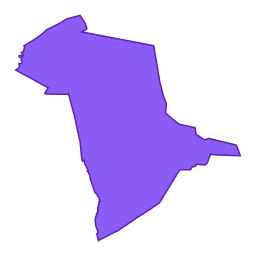 Santiago Nacaltepec, Oaxaca, Mexico
{"feature_id": "50627088B46884693471354", "entity_name": "Santiago Nacaltepec", "entity_type": "district", "adm_level": 2, "iso_a3": "MEX", "parent_name": "Mexico", "parent_adm1": "Oaxaca", "projection": "orthographic", "projection_center": [-96.923, 17.515], "detail": "fine", "context": "isolated", "style": "filled", "palette": "violet", "viewbox_px": 256, "rotation_deg": 0, "n_neighbors": 0, "source": "geoboundaries", "source_scale": "gbopen_adm2", "svg_char_len": 2606}
<svg xmlns="http://www.w3.org/2000/svg" viewBox="0 0 256 256"><path d="M37.9,82.2L41.2,84.0L48.2,87.7L44.8,93.5L45.9,93.9L49.1,94.0L51.6,94.1L60.4,94.2L67.7,94.3L68.4,93.6L71.1,103.6L72.3,108.1L73.3,111.7L73.4,112.2L74.0,114.1L74.3,115.0L74.4,115.5L75.6,121.1L77.1,128.5L79.0,137.2L79.2,138.2L80.0,141.0L80.4,145.1L81.0,151.2L81.3,154.4L81.7,157.4L81.9,158.9L82.2,160.2L82.4,161.3L84.1,160.3L84.2,161.1L84.4,161.9L84.8,163.5L85.0,164.1L88.2,170.6L87.2,171.2L87.9,171.7L88.2,172.0L90.0,176.2L90.0,176.5L90.1,178.3L90.5,179.5L91.8,183.4L94.2,190.2L94.9,192.3L95.1,192.6L95.1,192.9L95.2,193.2L95.5,193.2L96.2,193.1L96.8,193.7L97.1,194.9L97.4,195.8L98.1,196.7L98.5,196.8L98.7,197.4L99.0,197.6L99.2,199.0L100.3,200.6L100.5,200.9L100.0,200.8L99.0,201.2L99.1,203.3L99.0,203.9L98.5,204.4L98.7,205.2L98.2,206.2L97.9,207.4L98.1,207.7L97.8,208.5L97.9,208.9L97.6,210.8L97.8,211.7L97.7,212.6L97.6,213.0L97.2,212.7L96.5,213.4L96.5,214.7L96.4,215.5L96.2,215.8L95.8,216.5L95.8,217.5L95.5,218.4L95.4,218.6L95.2,220.4L95.3,221.6L95.4,222.6L95.4,222.8L95.7,225.7L97.6,230.6L97.9,232.7L97.9,232.8L97.8,233.0L97.6,233.2L97.1,233.6L96.8,233.9L96.8,234.0L98.0,239.2L98.0,239.5L98.3,240.6L110.4,234.3L117.7,230.8L138.6,216.6L151.4,208.4L151.9,208.0L159.4,202.9L179.1,170.7L179.9,169.8L190.5,169.8L191.2,168.6L191.6,167.9L191.9,167.4L192.1,166.9L192.2,166.7L193.5,166.8L194.3,166.6L194.8,166.3L195.3,166.1L196.5,164.8L196.4,164.0L196.9,164.1L197.7,164.2L197.9,164.2L198.1,164.3L198.6,164.4L199.1,164.5L199.8,164.6L204.6,165.0L204.8,165.0L205.0,164.9L205.4,164.7L205.5,164.6L206.7,163.8L207.8,161.7L208.3,160.1L209.4,156.7L210.6,154.6L210.8,154.2L213.9,154.7L219.1,155.0L225.7,155.2L229.9,155.4L240.3,155.8L236.5,145.4L235.4,144.9L224.7,142.2L223.7,142.0L222.5,141.9L209.1,138.4L204.4,139.8L196.1,134.3L195.1,127.6L194.9,127.6L193.0,127.2L192.3,127.1L191.4,126.9L190.7,126.8L190.2,126.6L179.3,124.3L171.8,118.4L165.6,112.9L166.3,104.8L166.3,103.6L165.9,102.4L163.2,95.4L159.8,81.8L153.7,45.7L89.4,33.4L81.7,31.9L87.0,28.8L85.9,25.5L85.7,24.9L85.4,23.5L80.0,15.4L66.7,18.9L59.3,23.5L47.0,29.5L46.5,29.8L46.3,30.0L43.5,32.8L35.7,38.7L25.1,45.1L23.9,46.0L24.7,47.6L24.4,48.4L24.1,48.8L23.8,49.7L23.5,51.7L21.8,52.2L21.5,52.4L21.3,52.7L21.4,53.1L22.2,54.1L22.5,54.2L22.8,54.4L23.0,54.8L23.0,55.2L22.9,56.5L21.7,55.8L20.3,55.4L19.3,55.8L19.1,56.7L19.6,57.3L21.0,58.1L21.4,58.7L21.5,59.0L21.5,59.5L21.4,59.9L21.4,60.9L21.6,61.4L22.3,61.9L22.0,63.1L21.5,63.6L20.7,63.6L19.0,63.5L19.4,66.3L19.2,66.9L18.8,67.8L18.7,67.9L18.2,68.3L17.3,69.1L16.7,69.4L15.7,70.0L16.1,70.3L37.9,82.2Z" fill="#8b5cf6" stroke="#5b21b6" stroke-width="1.5"/></svg>